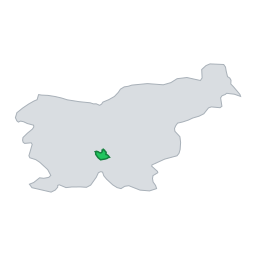 location of Velike Lašče within Slovenia
{"feature_id": "SVN-1000", "entity_name": "Velike Lašče", "entity_type": "Municipality", "adm_level": 1, "iso_a3": "SVN", "parent_name": "Slovenia", "parent_adm1": "", "projection": "robinson", "projection_center": [14.586, 45.849], "detail": "fine", "context": "in_parent", "style": "filled", "palette": "green", "viewbox_px": 256, "rotation_deg": 0, "n_neighbors": 0, "source": "natural_earth", "source_scale": "10m", "svg_char_len": 2112}
<svg xmlns="http://www.w3.org/2000/svg" viewBox="0 0 256 256"><path d="M240.6,96.4L234.3,94.2L226.6,93.3L225.2,94.5L222.1,95.7L220.6,97.8L221.9,106.3L220.0,107.7L211.3,106.9L208.5,107.9L203.8,113.8L199.0,116.2L192.8,118.0L188.3,120.1L182.5,122.0L177.6,123.1L175.7,125.7L174.5,128.5L174.9,131.3L179.9,136.7L180.6,142.5L180.1,149.6L179.0,153.3L177.0,155.8L164.7,159.1L152.0,164.9L151.7,166.2L157.5,171.4L157.8,172.7L153.0,175.6L152.5,178.5L153.1,182.0L155.6,185.5L156.6,188.6L149.5,190.9L140.0,190.1L128.8,185.7L124.8,186.3L121.0,188.6L117.1,187.6L112.8,184.9L106.7,179.3L103.8,175.8L102.6,172.2L100.9,171.6L98.4,172.7L96.3,177.2L90.7,185.1L86.5,187.3L80.3,186.9L71.5,187.0L66.0,187.6L59.3,184.8L57.7,185.4L57.7,187.2L55.2,190.1L51.1,192.1L32.0,187.7L29.4,184.2L33.7,182.5L39.6,177.8L43.7,178.3L48.7,177.4L50.8,175.4L47.7,169.6L39.8,162.3L35.7,159.6L29.9,157.8L28.9,155.8L32.2,144.4L31.2,142.8L24.6,143.4L23.1,142.2L22.6,140.2L23.0,137.5L27.5,133.1L32.4,129.1L33.8,126.9L33.6,125.2L27.3,123.5L23.5,121.7L20.5,121.1L18.4,122.1L16.9,120.9L15.4,117.7L16.9,112.7L22.6,108.1L28.7,104.0L34.0,101.0L37.1,99.7L38.6,94.6L41.7,95.1L48.0,95.4L55.0,96.5L61.5,98.0L67.2,99.8L79.3,101.7L90.2,102.8L93.5,103.9L96.2,103.8L99.6,105.3L101.5,104.2L102.9,102.1L108.9,99.6L114.4,96.5L118.3,92.4L120.4,89.2L124.2,86.9L128.2,86.3L131.9,85.1L147.4,83.6L163.3,84.8L170.9,82.6L177.1,78.7L186.3,77.6L186.8,77.5L200.4,80.5L201.5,78.8L202.1,78.0L201.7,69.5L206.0,65.6L210.0,63.9L223.7,64.5L225.5,67.1L226.2,71.2L227.5,76.6L229.8,78.1L231.0,80.2L230.8,84.0L233.5,86.8L239.9,94.4L240.6,96.4Z" fill="#d9dde1" stroke="#a8b0b8" stroke-width="1"/><path d="M96.3,155.2L95.7,154.2L95.7,153.3L95.8,152.6L95.2,151.7L96.5,151.3L98.2,151.8L99.0,152.4L99.5,152.6L99.9,152.8L100.4,152.9L101.0,152.8L101.8,152.2L102.2,151.5L102.1,150.3L102.6,150.4L102.7,150.2L102.8,149.8L103.2,149.2L104.7,150.4L105.0,151.2L106.1,152.2L106.1,153.3L106.0,153.6L105.8,154.1L106.0,154.5L106.4,154.5L106.9,154.7L108.1,155.5L109.5,157.3L108.2,157.6L107.1,158.4L105.2,159.0L102.2,159.5L100.6,159.8L98.1,157.7L96.3,155.2Z" fill="#22c55e" stroke="#15803d" stroke-width="1.5"/></svg>